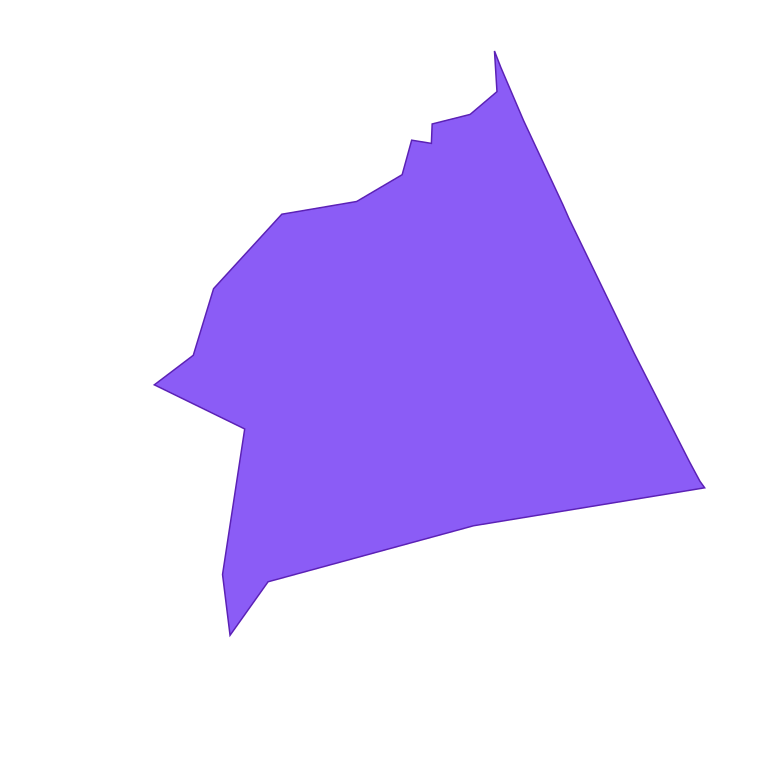 the district of Clinton, Kentucky, United States of America, rotated 242°
{"feature_id": "52423323B366346892097", "entity_name": "Clinton", "entity_type": "district", "adm_level": 2, "iso_a3": "USA", "parent_name": "United States of America", "parent_adm1": "Kentucky", "projection": "albers", "projection_center": [-85.096, 36.751], "detail": "fine", "context": "isolated", "style": "filled", "palette": "violet", "viewbox_px": 768, "rotation_deg": 242, "n_neighbors": 0, "source": "geoboundaries", "source_scale": "gbopen_adm2", "svg_char_len": 483}
<svg xmlns="http://www.w3.org/2000/svg" viewBox="0 0 768 768"><g transform="rotate(242 384 384)"><path d="M491.1,180.8L409.7,239.9L291.6,152.0L234.4,130.1L263.8,188.8L216.8,396.5L141.8,618.4L149.8,617.3L171.4,617.2L293.5,619.3L443.3,625.0L457.9,626.1L551.1,630.9L608.8,635.8L626.2,637.9L589.1,621.0L581.6,586.6L591.0,548.6L574.2,538.8L586.3,522.9L560.3,498.3L558.0,445.5L581.9,373.5L548.2,278.3L498.9,229.1L491.1,180.8Z" fill="#8b5cf6" stroke="#5b21b6" stroke-width="1.5"/></g></svg>